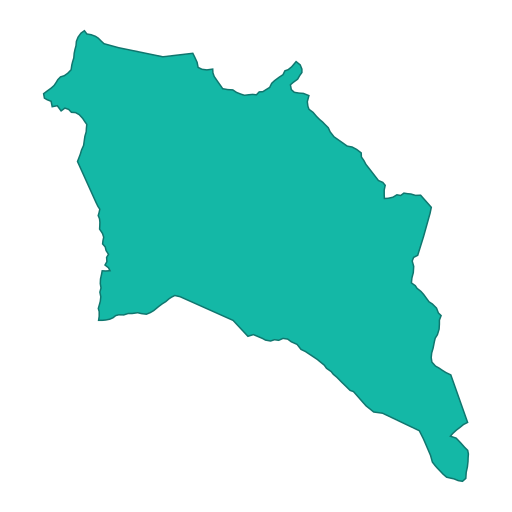 the district of Pedro Alexandre, Bahia, Brazil
{"feature_id": "56859067B11615290861322", "entity_name": "Pedro Alexandre", "entity_type": "district", "adm_level": 2, "iso_a3": "BRA", "parent_name": "Brazil", "parent_adm1": "Bahia", "projection": "orthographic", "projection_center": [-37.944, -10.088], "detail": "fine", "context": "isolated", "style": "filled", "palette": "teal", "viewbox_px": 512, "rotation_deg": 0, "n_neighbors": 0, "source": "geoboundaries", "source_scale": "gbopen_adm2", "svg_char_len": 3331}
<svg xmlns="http://www.w3.org/2000/svg" viewBox="0 0 512 512"><path d="M192.8,53.3L162.8,56.8L118.6,47.7L104.0,43.7L101.2,41.1L98.2,38.1L95.4,36.3L91.1,34.7L86.9,34.0L84.4,30.7L81.0,33.1L78.1,37.1L76.4,41.3L76.0,45.7L75.0,49.4L74.2,53.3L73.8,57.9L72.6,61.8L71.8,65.1L71.1,69.8L67.7,73.3L64.3,75.7L60.5,76.9L57.8,79.7L56.2,82.4L54.1,85.5L51.3,88.0L46.9,91.2L43.6,93.7L44.4,98.1L47.1,99.7L51.1,101.3L52.2,106.7L57.3,105.7L61.1,110.9L64.9,108.1L68.7,109.4L71.4,112.3L75.6,112.6L79.3,114.7L82.7,118.4L84.8,121.6L86.8,124.4L86.4,128.3L86.2,131.8L84.9,136.3L84.4,139.8L83.6,145.4L81.5,150.1L80.3,154.2L78.7,158.4L77.5,161.5L95.9,202.2L97.9,206.3L99.8,209.2L99.1,212.5L98.2,215.6L99.5,218.7L99.9,222.2L99.8,225.4L99.6,229.1L102.5,233.5L103.7,237.2L103.0,240.5L102.6,243.9L105.2,246.9L106.1,250.6L108.5,254.3L106.6,257.4L106.9,261.7L105.0,265.0L108.5,267.8L110.0,270.7L105.8,271.0L102.2,270.8L101.5,274.5L100.5,279.0L100.3,283.6L101.0,288.0L99.9,292.1L100.8,296.8L100.3,301.3L99.2,305.4L98.3,308.5L99.2,311.6L99.2,316.3L98.6,320.3L102.5,320.3L105.7,320.0L109.8,319.2L113.1,317.7L115.7,315.6L118.7,314.8L123.8,314.9L128.1,313.5L132.2,313.5L137.7,312.7L141.4,313.6L146.4,314.2L150.3,312.6L153.7,310.6L158.8,306.4L162.4,303.7L165.8,301.6L169.0,298.8L171.6,297.1L174.8,295.5L180.1,296.7L233.1,320.4L247.9,336.3L253.4,334.6L262.6,338.5L265.5,340.1L270.6,341.0L274.5,339.7L278.7,340.3L283.0,338.4L287.7,339.1L291.3,341.8L297.1,344.4L301.0,349.4L305.4,351.5L317.1,359.3L324.3,365.2L326.5,368.3L331.2,371.6L333.3,374.3L336.8,377.2L341.8,382.3L350.1,390.4L353.5,391.6L362.9,402.3L366.1,405.9L373.7,412.0L382.5,413.2L419.3,430.7L423.2,438.4L424.5,441.3L430.5,455.3L432.4,462.1L435.1,465.6L437.4,468.2L440.1,471.0L443.1,474.2L446.6,477.2L450.9,478.2L454.1,478.9L458.2,480.6L462.5,481.3L465.8,478.4L466.2,472.3L467.4,466.9L468.0,461.4L468.1,457.9L468.4,454.0L467.7,450.4L464.5,447.2L460.8,443.0L456.1,438.1L450.4,436.2L452.7,433.5L456.5,430.0L460.2,427.2L463.5,424.5L467.6,422.4L450.8,374.9L446.0,372.6L442.0,370.1L439.1,368.1L435.5,366.1L431.9,362.1L431.2,357.6L431.7,352.9L433.1,348.1L434.4,341.5L435.2,338.2L437.4,334.7L439.1,329.1L439.4,324.1L439.4,320.1L441.1,315.6L438.4,313.0L436.5,308.1L432.4,304.0L429.0,301.8L426.5,298.4L423.6,294.4L420.9,291.4L417.0,288.3L415.3,285.7L411.4,282.9L411.9,278.0L413.3,272.6L413.7,266.4L412.2,261.0L413.6,257.4L417.7,255.3L423.5,236.7L430.1,213.1L431.3,207.3L420.6,195.2L415.5,195.4L410.9,194.0L407.5,193.7L403.9,193.1L400.7,195.5L396.9,194.8L393.0,197.2L388.1,198.3L384.4,198.5L384.2,194.9L384.2,190.0L385.2,185.3L382.8,182.4L378.4,180.5L368.6,167.8L365.9,164.4L363.9,160.6L361.4,157.0L361.2,152.9L356.6,149.4L352.1,147.0L347.2,146.1L334.0,136.8L330.1,131.8L328.3,127.8L324.8,124.3L322.6,122.0L319.6,119.5L316.5,116.4L313.1,112.4L309.0,109.3L307.9,106.3L307.3,101.7L308.9,95.6L303.4,93.4L299.0,93.1L294.3,92.3L291.3,89.6L290.4,84.8L293.2,82.4L297.6,79.2L299.8,75.4L301.9,72.5L301.9,69.1L300.2,64.9L296.1,61.6L291.7,66.8L288.1,69.7L284.9,70.8L283.0,74.7L279.2,77.2L274.6,80.6L271.7,83.3L269.7,87.4L266.1,89.6L262.8,91.7L259.2,91.9L256.4,94.8L252.6,94.4L248.4,94.8L244.5,95.3L240.8,94.1L236.5,92.4L232.8,89.9L227.7,89.6L222.7,88.7L220.2,85.1L217.5,81.3L214.2,76.5L212.9,72.8L212.7,69.1L206.9,69.9L202.0,69.3L198.1,67.4L197.1,62.3L194.7,57.1L192.8,53.3Z" fill="#14b8a6" stroke="#0f766e" stroke-width="1.5"/></svg>